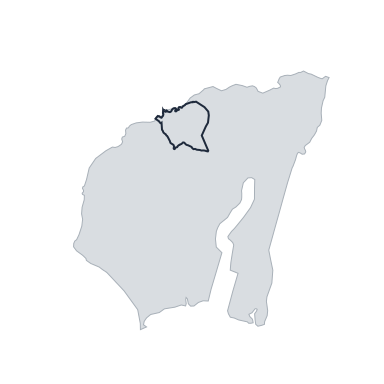 Kanel, Matam, Senegal (highlighted), rotated 285°
{"feature_id": "50182788B72122084264725", "entity_name": "Kanel", "entity_type": "district", "adm_level": 2, "iso_a3": "SEN", "parent_name": "Senegal", "parent_adm1": "Matam", "projection": "albers", "projection_center": [-13.164, 15.01], "detail": "medium", "context": "in_parent", "style": "outline", "palette": "slate", "viewbox_px": 384, "rotation_deg": 285, "n_neighbors": 0, "source": "geoboundaries", "source_scale": "gbopen_adm2", "svg_char_len": 4840}
<svg xmlns="http://www.w3.org/2000/svg" viewBox="0 0 384 384"><g transform="rotate(285 192 192)"><path d="M294.8,177.2L299.3,185.0L298.4,188.8L297.4,194.3L299.9,198.3L302.9,200.9L305.0,203.3L307.4,206.6L307.8,213.2L307.4,218.0L308.9,220.2L310.2,222.9L310.0,225.1L309.1,227.2L306.3,229.8L305.8,234.8L310.5,240.7L313.5,244.0L313.5,245.8L314.3,247.9L316.5,250.3L317.9,249.7L319.4,247.7L320.0,246.4L324.0,246.9L325.9,247.5L328.5,251.4L329.5,254.0L330.1,257.3L332.8,261.4L335.1,264.2L335.6,266.0L337.7,268.4L336.5,273.8L336.7,276.6L335.3,283.9L335.0,287.3L335.1,288.5L338.3,291.1L338.0,294.8L334.8,294.1L329.2,293.8L317.9,295.7L314.1,295.0L306.7,295.3L301.5,296.4L294.8,298.8L289.6,298.2L286.8,296.3L283.1,296.5L279.0,295.5L274.6,293.7L270.5,292.8L266.2,289.4L264.1,288.8L262.7,289.7L261.5,290.8L260.2,291.5L257.9,290.9L257.0,288.6L257.7,286.5L257.9,284.8L256.8,283.9L254.2,283.6L249.9,283.6L243.0,282.9L241.4,282.5L225.9,281.9L209.8,281.7L196.2,281.6L179.0,281.4L166.9,281.3L155.7,281.2L146.9,285.5L137.4,290.3L124.7,292.7L110.1,291.5L105.5,292.2L100.6,294.3L97.0,295.8L92.0,296.6L85.5,295.7L82.9,296.2L81.3,293.9L79.4,290.4L80.7,287.8L84.7,286.1L90.6,284.0L93.7,285.2L95.6,285.3L95.9,283.9L95.4,283.1L90.9,281.2L88.6,278.6L86.7,280.0L84.9,283.1L83.5,284.0L81.5,284.9L80.4,282.7L79.9,280.7L80.9,279.1L80.5,270.2L81.2,265.5L81.0,261.4L83.8,258.7L86.5,257.1L96.9,257.1L106.6,257.1L115.9,257.3L125.4,257.5L126.4,249.2L129.5,248.6L134.0,247.8L142.3,246.9L151.7,246.0L153.7,244.4L155.3,241.7L156.3,239.3L158.2,238.2L160.8,239.1L164.2,240.4L167.7,242.4L171.8,244.3L174.5,245.5L181.0,248.4L192.1,252.6L201.2,254.2L212.3,251.3L220.3,249.4L221.3,245.9L220.1,242.4L214.2,239.2L206.1,239.5L203.6,240.4L199.8,241.4L197.5,241.8L193.7,241.1L188.9,238.3L185.9,235.5L181.6,234.2L176.6,232.9L168.6,227.1L164.3,226.1L160.4,225.7L152.7,226.8L145.1,229.7L141.1,236.6L133.6,236.4L117.7,236.0L103.0,235.6L90.9,235.9L89.8,230.9L87.0,226.8L82.4,223.4L81.4,220.2L83.1,217.4L87.6,215.2L88.6,213.6L86.3,213.8L82.7,215.3L80.3,215.3L80.1,210.9L76.3,205.2L72.0,195.6L67.1,191.6L63.0,183.8L58.7,180.7L54.7,179.3L51.2,179.5L49.9,183.0L45.7,177.8L51.6,176.1L64.3,170.0L78.9,152.0L92.2,130.6L93.9,125.6L95.5,121.7L96.7,112.9L98.6,107.7L100.4,106.7L102.6,102.7L105.3,95.7L108.4,91.8L111.7,91.1L114.3,91.5L116.1,92.9L121.5,93.9L130.5,94.4L137.4,93.4L142.3,91.0L148.8,89.8L156.7,89.9L160.9,88.9L161.4,86.8L162.4,86.2L164.1,87.1L165.6,86.8L167.1,85.3L168.6,85.2L170.0,86.5L176.7,86.9L188.6,86.5L199.5,90.3L209.6,98.2L214.8,103.5L215.1,106.2L216.7,108.8L219.8,111.5L222.5,112.0L225.0,110.4L227.0,110.5L228.4,112.6L231.3,113.0L234.5,111.8L236.8,112.2L237.2,113.4L237.7,114.1L239.3,114.4L241.4,115.9L244.3,120.2L246.7,126.0L248.5,133.5L250.9,137.6L254.0,138.3L255.7,139.8L256.1,141.6L256.9,142.9L258.4,143.5L261.0,143.1L264.0,145.7L267.2,151.2L267.7,153.7L267.2,155.0L267.4,156.0L269.5,156.9L271.6,158.7L273.2,161.4L276.8,163.8L282.3,165.9L286.3,169.1L288.7,173.3L293.8,176.8L294.8,177.2Z" fill="#d9dde1" stroke="#a8b0b8" stroke-width="1"/><path d="M278.4,167.8L275.2,163.2L274.0,162.6L272.5,161.1L270.8,160.4L270.6,159.7L271.0,158.6L270.6,157.5L270.0,157.2L269.5,157.2L269.1,157.3L268.4,158.0L268.0,158.0L267.8,157.8L267.6,157.2L267.1,156.6L266.0,155.9L265.7,155.6L265.7,155.0L265.9,154.8L266.3,154.7L266.6,154.7L267.2,155.3L267.9,155.4L268.6,154.6L268.7,153.9L268.0,152.4L266.4,151.4L265.1,151.2L264.2,150.8L263.5,150.1L263.4,149.8L263.4,147.4L263.5,147.2L264.1,146.7L264.3,146.3L264.0,145.9L263.0,146.1L262.7,145.9L262.7,144.3L262.6,143.9L262.7,143.4L263.3,143.2L264.0,143.5L264.0,143.2L263.7,143.0L263.8,142.9L263.0,143.1L262.8,143.3L262.5,143.1L261.9,143.4L260.9,143.4L260.3,143.7L259.9,144.2L258.8,144.3L257.9,144.2L257.0,143.7L256.1,143.5L255.8,143.2L256.0,142.0L256.7,141.0L256.6,140.3L256.3,139.8L256.6,139.6L256.6,139.3L255.3,138.6L253.7,137.9L253.9,138.1L253.3,137.8L251.7,142.0L251.4,142.2L251.2,142.6L250.8,143.0L250.3,143.9L250.4,144.4L250.9,144.7L244.4,146.9L243.8,147.7L242.1,149.0L241.3,150.5L241.0,151.6L240.0,152.6L239.7,153.5L239.1,154.0L238.7,154.6L238.1,155.0L237.8,155.4L236.8,156.2L235.7,157.3L234.7,157.9L234.4,158.1L233.7,158.7L233.0,161.1L232.6,162.0L231.5,162.8L229.6,163.0L229.2,163.1L228.9,163.5L228.9,164.0L229.1,164.2L230.4,164.5L230.8,164.8L231.2,165.7L231.6,166.1L232.5,166.3L233.8,167.1L234.3,167.9L234.8,168.1L235.7,169.4L237.5,170.5L237.6,170.9L237.7,171.4L237.5,172.0L236.3,173.9L236.1,174.8L236.1,176.5L235.8,177.6L235.8,178.0L235.4,179.9L234.6,180.7L234.0,181.8L233.8,182.4L234.4,183.8L234.1,185.8L234.6,188.6L234.5,190.3L235.2,192.8L235.3,193.8L235.2,195.4L235.3,196.8L235.5,196.9L236.1,197.0L249.1,186.8L258.9,188.4L263.1,189.5L270.4,188.4L273.9,186.9L277.2,182.1L280.3,172.5L279.6,171.3L279.6,170.6L279.4,169.8L279.0,169.6L279.1,169.3L278.9,169.1L278.9,168.9L278.6,168.6L278.4,167.8Z" fill="none" stroke="#1e293b" stroke-width="2"/></g></svg>